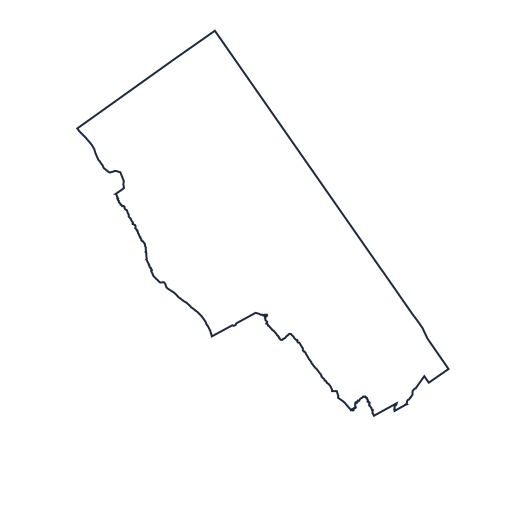 outline of Goyder, South Australia, Australia, rotated 325°
{"feature_id": "25037944B76718204715141", "entity_name": "Goyder", "entity_type": "district", "adm_level": 2, "iso_a3": "AUS", "parent_name": "Australia", "parent_adm1": "South Australia", "projection": "albers", "projection_center": [138.943, -33.716], "detail": "fine", "context": "isolated", "style": "outline", "palette": "slate", "viewbox_px": 512, "rotation_deg": 325, "n_neighbors": 0, "source": "geoboundaries", "source_scale": "gbopen_adm2", "svg_char_len": 6053}
<svg xmlns="http://www.w3.org/2000/svg" viewBox="0 0 512 512"><g transform="rotate(325 256 256)"><path d="M243.5,416.4L243.2,417.9L242.7,418.2L242.3,418.6L241.9,419.2L243.9,424.7L244.6,427.4L244.7,427.7L244.6,428.3L245.4,436.3L245.3,436.9L245.6,437.0L246.9,436.5L247.3,436.6L247.4,436.9L246.9,437.8L246.8,438.1L247.0,438.2L247.4,438.3L247.7,438.2L247.8,437.5L249.0,436.8L249.5,436.8L249.8,437.3L250.2,437.6L250.8,437.4L251.1,436.9L251.1,436.3L251.7,435.0L252.6,433.8L253.6,433.0L253.9,433.0L254.0,433.1L254.0,433.9L254.2,434.2L255.0,434.1L255.4,433.5L256.4,432.8L256.5,432.9L256.8,433.5L257.2,433.8L257.8,433.6L258.5,433.1L259.3,432.9L260.6,432.8L262.4,433.0L262.8,432.7L263.2,432.6L263.5,432.8L263.7,433.3L263.9,433.5L264.6,433.5L264.9,433.7L265.0,433.8L265.0,434.0L264.8,434.7L264.8,435.1L264.9,435.3L265.4,435.5L265.5,435.7L265.5,436.0L264.9,436.6L265.2,437.5L264.8,438.2L264.8,439.0L264.7,439.1L264.2,438.9L263.9,439.1L264.1,439.9L264.5,440.2L264.7,440.4L264.9,440.8L265.0,441.2L264.3,442.0L263.8,442.1L263.8,442.6L263.7,442.9L263.2,443.0L263.0,443.3L263.0,443.7L263.2,444.1L263.4,445.9L263.5,446.3L263.1,446.8L263.0,447.6L262.7,448.7L263.3,449.0L262.4,450.2L261.4,451.3L261.5,451.7L261.2,452.4L261.3,453.0L261.4,453.4L261.3,453.8L260.9,454.3L260.9,454.5L286.8,457.3L285.4,458.4L283.6,458.6L282.9,459.0L281.9,460.8L281.4,460.8L280.6,462.4L292.6,463.6L292.7,463.4L294.7,464.1L294.6,463.2L295.4,462.8L296.7,461.4L298.2,461.0L299.1,461.3L299.6,461.2L300.5,460.7L300.9,460.8L301.6,460.6L301.6,460.4L304.3,459.5L304.5,459.5L304.6,459.3L306.9,456.4L309.6,455.7L311.1,456.0L311.3,455.8L324.9,451.0L324.9,458.9L348.9,459.0L349.1,421.9L351.1,410.5L351.1,400.8L350.8,393.9L351.0,341.9L350.9,341.7L351.0,285.8L351.3,124.5L351.5,47.9L302.8,47.9L182.8,49.0L182.8,52.4L184.3,61.0L184.5,61.5L184.4,62.0L185.2,70.3L184.8,75.9L184.3,77.1L183.5,79.6L182.0,86.7L182.4,89.2L182.2,90.3L182.3,94.1L181.8,95.8L181.8,96.9L183.6,103.1L184.4,103.9L187.8,105.1L189.0,105.2L191.1,107.2L191.8,108.3L192.9,109.6L190.7,118.8L188.4,121.3L186.9,124.6L185.5,124.6L185.4,124.7L176.6,124.7L176.8,124.9L176.9,125.4L176.3,127.4L176.4,128.3L175.7,128.7L175.9,129.8L175.3,129.8L175.1,130.5L175.3,130.8L175.0,131.3L175.0,132.1L175.2,132.3L174.5,133.3L174.5,133.9L174.7,134.2L174.9,135.8L174.5,136.4L175.0,136.9L175.1,137.6L175.0,138.4L175.5,138.5L176.0,138.9L176.0,139.3L176.6,140.0L176.6,140.3L175.8,141.3L175.8,141.6L175.6,142.1L175.8,143.3L176.4,144.0L176.3,144.9L175.9,146.5L175.5,147.8L175.6,149.0L175.1,149.7L174.6,150.1L174.3,150.8L174.5,151.5L174.6,152.6L174.8,153.0L174.6,153.5L174.7,153.9L174.2,155.7L174.3,156.3L174.3,156.9L174.4,157.3L174.2,158.4L173.6,158.5L173.3,159.2L174.7,161.4L174.4,162.2L174.5,162.6L173.0,164.1L173.3,165.3L173.2,165.6L173.1,166.4L173.4,166.5L173.5,167.0L173.1,167.7L173.0,167.9L173.1,168.1L172.4,170.1L172.5,170.7L171.8,173.7L172.1,174.1L171.6,174.7L171.6,176.7L171.1,177.4L171.3,177.8L171.3,178.5L171.8,179.1L171.7,180.9L172.0,181.3L171.9,182.4L171.1,183.6L170.7,185.0L170.7,185.8L169.8,186.8L168.5,189.3L168.0,189.2L167.7,189.8L167.9,190.5L167.4,191.4L166.8,192.0L166.3,193.1L165.6,194.0L165.5,194.5L165.0,195.5L164.1,195.9L164.3,196.8L163.8,198.3L163.5,201.7L163.0,201.9L162.9,203.2L163.0,203.6L162.5,204.3L162.6,205.0L163.0,205.6L162.5,206.5L162.8,207.7L162.5,208.0L161.5,208.2L160.9,212.2L160.5,213.2L161.1,217.3L161.5,218.8L161.9,221.5L162.3,222.8L165.5,224.6L165.7,227.1L164.7,229.6L164.9,231.8L167.8,238.9L168.5,241.8L168.7,243.7L168.8,245.1L169.8,247.7L169.9,248.4L170.7,250.7L170.8,251.3L171.4,252.6L171.8,253.3L172.2,254.1L173.2,258.5L173.2,259.0L173.4,259.4L173.4,260.6L173.6,261.3L174.2,262.5L174.4,263.6L174.6,264.0L174.9,265.3L175.2,265.7L175.1,266.2L175.4,266.7L175.8,267.9L176.2,269.6L176.8,273.8L177.0,274.3L176.9,274.8L177.0,279.9L176.8,281.8L176.4,282.9L176.2,284.5L176.3,284.6L176.3,286.5L175.7,290.4L175.7,291.0L175.3,291.8L175.0,293.0L174.7,293.3L174.8,294.0L174.5,294.4L173.7,296.5L196.9,299.2L197.4,300.1L197.9,300.5L199.6,300.8L200.0,300.7L200.4,300.3L201.2,300.1L201.5,299.9L223.0,302.3L224.1,303.6L224.5,304.2L224.9,304.5L225.5,305.4L226.2,306.9L227.7,307.9L227.7,308.9L228.3,309.2L228.7,308.9L229.3,309.0L229.6,309.4L230.4,309.7L231.2,310.4L231.0,311.0L230.8,311.3L229.6,311.4L228.3,311.2L228.2,311.2L228.0,311.4L227.7,312.0L227.8,312.5L227.7,312.7L227.0,313.8L227.3,315.7L227.2,316.1L227.3,316.5L225.8,317.2L226.0,317.4L226.4,318.9L226.0,319.4L226.1,320.5L226.5,320.9L226.6,322.1L226.5,322.3L226.9,324.2L226.8,324.6L227.0,324.9L226.8,325.6L227.3,327.0L227.6,327.2L227.8,329.7L228.0,330.6L227.9,332.2L227.8,332.8L228.0,333.2L228.0,333.5L228.3,334.0L228.1,334.7L228.3,335.3L227.9,335.8L227.8,336.2L228.0,336.7L228.2,336.9L228.0,337.4L228.1,338.0L228.2,338.7L228.3,339.0L228.9,339.4L229.1,339.7L229.8,339.8L230.4,339.5L231.0,339.6L231.9,339.8L232.3,339.7L233.0,339.9L234.1,339.4L235.2,339.3L235.8,339.1L236.1,339.0L236.6,339.3L237.9,338.9L238.6,338.9L239.3,339.4L239.5,339.7L239.8,339.8L239.9,340.0L240.0,341.6L240.2,342.0L240.3,342.7L240.3,343.0L240.5,343.5L240.5,344.0L240.3,344.4L240.3,345.7L240.5,346.7L240.6,347.1L240.6,347.4L241.5,348.4L241.6,348.9L240.8,349.6L240.7,350.5L240.9,350.9L240.9,351.1L241.6,351.5L241.7,351.9L241.7,352.9L241.5,355.3L241.5,356.4L241.3,357.2L241.5,358.1L241.2,358.9L240.4,360.0L240.3,361.1L240.6,361.3L240.7,361.9L240.6,362.2L240.9,362.4L241.2,363.5L241.0,363.9L240.8,364.3L240.7,365.5L240.8,366.4L240.6,366.7L240.6,368.4L240.4,369.4L240.2,370.8L240.4,371.9L240.4,374.3L240.1,375.5L240.0,376.1L240.3,376.8L240.3,377.2L240.2,378.6L240.4,380.9L240.5,382.2L240.8,382.9L240.9,383.1L240.9,384.0L240.8,384.5L241.0,386.3L240.9,387.7L241.0,388.5L241.0,389.1L241.2,390.1L241.2,390.3L241.1,390.6L241.1,391.3L240.7,391.7L240.6,392.0L240.6,392.3L240.7,392.7L240.6,393.1L240.7,393.9L241.1,395.2L241.2,396.0L241.0,396.4L241.0,397.0L240.8,397.4L241.1,397.6L241.4,397.8L241.6,398.6L241.4,399.3L241.5,399.9L241.4,400.1L241.3,400.6L241.6,401.0L241.8,402.0L242.2,403.0L242.1,404.1L242.3,405.3L241.7,408.7L241.5,409.2L240.8,410.3L244.7,413.1L243.5,416.4Z" fill="none" stroke="#1e293b" stroke-width="2"/></g></svg>